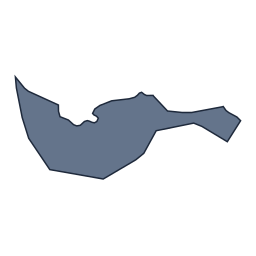 Arta, Mercator projection
{"feature_id": "DJI-1568", "entity_name": "Arta", "entity_type": "Region", "adm_level": 1, "iso_a3": "DJI", "parent_name": "Djibouti", "parent_adm1": "", "projection": "mercator", "projection_center": [42.782, 11.46], "detail": "fine", "context": "isolated", "style": "filled", "palette": "slate", "viewbox_px": 256, "rotation_deg": 0, "n_neighbors": 0, "source": "natural_earth", "source_scale": "10m", "svg_char_len": 730}
<svg xmlns="http://www.w3.org/2000/svg" viewBox="0 0 256 256"><path d="M240.6,120.7L227.3,141.7L201.9,126.4L193.7,123.1L156.2,130.7L143.8,153.3L135.8,159.8L103.2,179.0L49.8,169.6L28.7,138.3L22.2,117.5L16.4,88.0L15.4,77.0L24.5,88.2L28.4,91.3L58.4,105.0L58.5,111.3L60.0,116.7L68.4,120.0L73.6,124.7L76.7,125.9L80.3,125.3L84.4,121.5L87.3,120.6L89.5,121.2L91.9,122.3L94.4,122.8L96.8,121.5L98.3,118.2L96.5,116.2L93.9,114.9L92.6,113.4L94.8,109.0L100.0,105.4L111.7,100.8L129.1,98.8L134.7,97.3L137.4,95.3L139.4,93.1L141.6,92.3L144.4,94.5L146.6,95.5L153.1,95.4L153.4,96.0L167.5,111.0L182.2,112.5L191.7,112.5L222.3,106.8L223.2,106.5L226.0,110.5L228.9,112.7L236.9,117.0L240.6,120.7Z" fill="#64748b" stroke="#1e293b" stroke-width="1.5"/></svg>